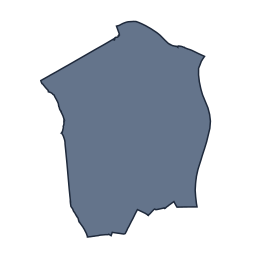 Barendrecht, Zuid-Holland, Netherlands (Albers equal-area conic projection), rotated 265°
{"feature_id": "6326949B83173005742078", "entity_name": "Barendrecht", "entity_type": "district", "adm_level": 2, "iso_a3": "NLD", "parent_name": "Netherlands", "parent_adm1": "Zuid-Holland", "projection": "albers", "projection_center": [4.521, 51.852], "detail": "fine", "context": "isolated", "style": "filled", "palette": "slate", "viewbox_px": 256, "rotation_deg": 265, "n_neighbors": 0, "source": "geoboundaries", "source_scale": "gbopen_adm2", "svg_char_len": 5201}
<svg xmlns="http://www.w3.org/2000/svg" viewBox="0 0 256 256"><g transform="rotate(265 128 128)"><path d="M43.4,189.9L46.8,189.6L50.3,189.5L53.5,189.4L60.2,189.5L64.2,190.1L66.9,190.5L69.5,191.0L73.0,191.8L73.7,191.9L80.4,194.0L84.1,195.5L87.2,196.8L89.8,197.9L93.9,199.5L99.1,201.7L100.7,202.4L107.4,205.1L114.2,207.4L119.0,209.0L119.9,209.3L120.9,209.6L121.1,209.6L127.6,210.7L134.3,210.5L141.0,209.4L147.7,207.3L154.4,205.2L154.8,205.1L158.8,204.3L161.1,203.9L167.8,203.1L174.5,202.9L174.8,202.9L181.2,203.5L181.7,203.7L184.4,205.1L187.1,206.4L188.0,206.8L188.3,207.0L188.5,207.2L190.3,208.5L191.0,209.1L192.7,210.5L195.9,204.8L197.6,202.0L198.8,200.0L199.8,198.3L200.6,196.7L201.1,195.5L201.5,194.5L202.0,193.5L203.0,191.5L203.4,191.3L203.6,190.7L203.6,190.4L203.8,190.0L204.2,189.4L204.3,189.1L204.4,188.8L204.6,188.4L204.7,188.1L204.8,187.7L205.0,186.9L204.9,186.9L205.0,186.6L205.1,186.3L205.3,185.4L205.3,185.2L204.8,185.0L204.9,184.6L204.6,184.5L204.3,184.5L204.7,184.1L204.8,183.9L205.0,183.6L205.3,183.1L205.2,182.8L205.4,182.3L205.3,182.2L205.7,181.2L205.9,180.5L206.1,179.7L207.2,177.8L207.5,177.2L207.6,177.3L208.1,176.5L208.1,176.3L209.4,174.9L210.0,174.4L211.4,173.2L211.7,172.9L216.9,168.6L217.5,168.1L219.1,166.5L220.5,165.0L221.8,163.4L223.3,161.5L224.5,160.0L225.6,158.5L226.4,157.3L227.6,155.6L228.3,154.6L229.5,152.6L230.6,150.8L232.0,148.2L232.9,146.4L233.0,146.0L233.4,145.3L233.4,145.2L233.7,142.7L233.7,141.2L233.8,138.5L233.8,137.4L233.6,135.8L233.3,134.5L233.2,134.2L232.8,132.7L232.4,131.5L231.0,128.2L230.9,127.8L230.5,125.4L222.3,127.6L222.1,127.3L221.8,127.1L221.2,127.4L220.6,126.3L220.2,126.6L219.6,125.8L219.3,125.1L219.3,124.9L219.4,124.6L219.4,124.2L219.4,123.8L219.4,123.7L219.2,123.3L219.0,122.9L218.9,122.9L216.9,122.2L217.3,121.0L217.8,121.1L214.5,114.2L212.9,110.8L210.1,104.6L208.5,101.1L205.1,93.8L201.2,85.4L199.4,81.5L198.5,79.6L196.8,75.9L196.7,75.7L195.9,74.0L194.8,71.5L188.8,58.4L187.4,55.2L186.8,54.0L184.8,49.6L182.9,45.3L181.5,45.5L181.3,45.6L180.6,45.9L180.2,46.0L179.9,46.1L179.7,46.2L179.6,46.3L179.3,46.7L179.2,46.8L179.1,47.0L178.9,47.1L178.5,47.4L178.2,47.5L177.8,47.8L176.7,48.6L176.3,48.8L175.6,49.3L174.5,50.1L174.0,50.5L173.9,50.6L172.9,51.3L172.6,51.7L172.2,51.8L171.0,51.8L170.9,52.1L170.8,52.5L170.6,52.9L170.5,53.2L170.3,53.5L170.1,54.1L169.9,54.3L169.7,54.6L169.4,55.0L169.0,55.5L168.0,56.2L167.1,57.4L166.6,57.4L166.2,57.6L165.3,57.9L164.7,58.2L163.1,58.9L162.3,59.3L161.9,59.4L161.2,59.7L160.6,60.0L160.4,60.1L159.9,60.2L159.2,60.5L157.5,60.8L157.3,60.8L157.1,60.8L156.5,60.8L155.8,60.9L155.5,60.9L154.8,61.2L154.3,61.3L153.8,61.4L153.3,61.4L152.9,61.5L152.4,61.7L152.1,61.8L151.9,61.9L151.6,62.0L150.4,62.6L150.4,62.9L150.2,62.9L149.8,62.7L148.2,63.4L147.8,63.5L146.5,64.0L144.9,64.5L144.2,64.6L142.7,65.0L141.6,64.9L141.6,65.0L141.4,64.9L140.1,64.7L140.1,64.8L140.0,64.7L139.5,64.7L139.4,64.6L139.0,64.7L138.1,64.6L136.9,64.3L136.7,64.3L136.0,63.9L135.3,63.6L134.7,63.6L134.0,63.6L133.9,63.6L133.6,63.5L131.6,62.8L131.3,62.7L131.1,62.7L130.4,62.4L129.7,61.9L129.4,61.7L129.2,61.6L129.0,61.4L129.0,61.5L128.9,61.4L128.6,61.5L128.2,61.7L126.4,62.6L124.7,63.1L123.0,63.5L122.5,63.6L121.0,63.9L119.2,64.0L117.7,63.9L109.3,64.0L98.1,64.1L72.6,64.1L64.8,64.2L59.7,64.3L59.8,64.1L58.3,64.1L54.9,64.3L54.5,64.5L54.1,64.7L52.8,65.5L52.5,65.7L51.7,66.0L50.9,66.2L50.5,66.3L50.3,66.4L50.2,66.4L49.9,66.5L49.4,66.8L48.7,67.2L48.3,67.5L47.4,67.9L46.9,68.1L46.1,68.5L45.3,68.9L45.2,69.0L45.1,68.9L44.6,69.2L43.8,69.6L43.6,69.7L43.6,69.8L43.1,70.1L42.7,70.3L42.3,70.4L42.1,70.5L41.4,70.6L41.1,70.6L40.5,70.7L39.9,70.9L39.4,70.9L39.1,71.0L38.5,71.2L38.3,71.4L38.3,71.5L38.2,71.5L37.9,71.7L37.5,72.0L37.4,72.0L36.4,72.6L35.9,72.9L35.6,73.1L35.1,73.4L34.7,73.6L33.6,74.3L33.4,74.4L33.0,74.6L32.3,74.9L31.9,75.1L31.7,75.2L31.3,75.4L31.0,75.6L30.7,75.7L29.5,76.2L29.1,76.3L28.7,76.5L27.8,76.9L27.4,77.0L26.5,77.4L26.4,77.5L25.8,77.5L25.4,77.6L25.0,77.7L24.9,77.8L24.6,77.9L24.4,77.9L24.2,78.0L23.8,78.1L23.3,78.0L22.3,78.1L22.5,78.1L22.8,78.4L22.9,78.7L23.0,78.8L23.0,79.1L23.0,79.8L23.0,81.3L23.1,82.7L23.2,84.4L23.2,85.4L23.3,86.0L23.4,89.1L23.6,90.1L23.7,91.2L23.7,91.9L23.7,92.7L23.7,93.5L23.7,94.3L23.7,95.1L23.7,96.3L23.7,96.6L23.5,98.5L23.5,98.8L23.6,99.0L23.7,99.5L23.8,99.6L23.1,100.6L22.6,101.2L22.2,101.8L25.4,103.2L25.2,104.0L24.0,109.2L23.8,110.2L23.1,113.0L22.9,114.0L22.8,114.3L22.8,114.7L22.8,114.9L22.9,115.3L23.1,116.0L25.4,117.5L26.4,118.1L27.4,118.6L28.4,119.2L29.2,119.8L30.2,120.5L30.9,120.9L31.6,121.3L33.0,122.2L33.7,122.6L35.3,123.6L35.7,123.9L38.0,125.4L38.6,125.7L38.9,125.9L39.2,126.1L40.4,126.8L41.4,127.4L42.2,127.9L42.5,128.1L43.0,128.4L43.3,128.6L44.2,129.2L45.9,130.3L43.2,134.9L42.0,136.9L41.6,137.6L40.7,138.8L40.4,139.2L39.6,140.3L39.4,140.2L39.1,140.7L40.0,141.3L40.5,142.2L42.7,144.6L44.0,146.1L44.5,146.7L44.8,147.2L44.9,147.3L44.9,147.5L44.8,147.8L44.7,147.9L44.4,148.3L44.2,148.6L44.3,150.2L45.1,156.5L45.3,156.9L44.6,157.4L44.6,157.5L44.9,158.2L45.0,158.2L45.0,158.3L45.7,159.2L46.1,159.7L46.6,160.7L46.8,160.9L47.1,161.5L47.4,161.8L49.9,166.0L50.7,167.3L49.3,167.9L47.9,168.5L45.9,169.4L44.9,169.9L44.5,175.8L44.5,176.1L44.0,182.5L43.4,189.9Z" fill="#64748b" stroke="#1e293b" stroke-width="1.5"/></g></svg>